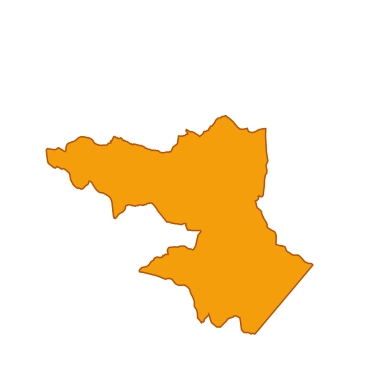 Nyunzu, Katanga, Democratic Republic of the Congo, rotated 129°
{"feature_id": "63176286B34424841963647", "entity_name": "Nyunzu", "entity_type": "district", "adm_level": 2, "iso_a3": "COD", "parent_name": "Democratic Republic of the Congo", "parent_adm1": "Katanga", "projection": "equal_earth", "projection_center": [28.006, -5.86], "detail": "fine", "context": "isolated", "style": "filled", "palette": "amber", "viewbox_px": 384, "rotation_deg": 129, "n_neighbors": 0, "source": "geoboundaries", "source_scale": "gbopen_adm2", "svg_char_len": 5929}
<svg xmlns="http://www.w3.org/2000/svg" viewBox="0 0 384 384"><g transform="rotate(129 192 192)"><path d="M215.3,298.9L214.9,299.9L214.5,301.0L214.2,302.6L214.3,304.4L214.8,306.0L215.3,307.0L217.2,310.8L219.2,313.3L220.3,313.7L220.8,314.2L225.6,315.1L226.7,315.5L228.1,316.4L228.9,317.1L229.9,317.4L231.9,318.7L232.9,319.0L234.5,318.8L236.0,318.2L237.0,317.8L238.6,316.4L239.3,316.1L240.4,316.0L240.7,317.2L241.3,322.0L241.7,323.1L241.7,323.7L244.3,324.4L245.6,325.4L248.2,329.8L249.3,331.6L250.6,331.9L252.2,330.6L254.7,328.1L257.7,324.9L259.0,323.4L260.1,321.8L260.1,319.5L260.0,316.6L260.0,314.6L259.6,313.5L259.0,313.1L257.5,313.2L256.8,311.2L256.4,309.1L256.4,307.8L255.0,307.0L254.4,305.5L254.3,303.6L254.6,299.4L255.3,297.9L257.0,296.1L259.0,293.8L260.9,289.3L261.4,286.5L261.2,283.3L260.3,282.6L259.8,281.2L259.9,280.6L258.7,279.1L257.4,278.7L255.5,278.8L254.7,278.5L253.3,278.4L252.1,277.7L250.6,277.9L248.4,278.8L247.7,277.4L247.7,275.8L248.5,273.9L249.5,271.1L250.5,267.6L250.6,264.3L250.2,262.9L248.6,260.3L247.6,253.5L247.9,252.4L248.5,250.6L250.2,247.9L258.6,239.4L260.6,237.3L261.3,235.8L260.8,234.9L258.4,234.8L256.2,234.9L254.9,234.8L252.9,234.1L251.0,233.2L248.9,233.1L247.3,233.3L244.5,234.8L241.8,233.2L240.6,231.5L240.5,230.9L240.5,230.3L239.7,229.4L239.1,227.9L238.6,227.1L237.6,226.8L236.4,225.2L235.5,225.2L234.8,224.6L234.3,223.5L232.6,221.1L231.8,221.1L231.0,220.0L230.4,219.6L229.5,219.7L228.7,219.3L228.3,218.6L228.1,218.3L226.3,217.2L225.9,215.7L226.3,212.3L227.4,208.3L228.0,207.3L229.9,198.4L231.2,192.7L229.8,190.9L229.7,190.5L229.3,189.2L228.9,188.6L228.6,187.3L227.7,186.2L227.1,184.7L226.6,184.1L225.8,183.2L225.6,182.7L225.4,182.1L223.8,179.5L221.6,178.5L220.8,177.1L220.6,176.7L221.8,175.9L224.4,171.5L223.2,170.0L221.4,167.0L216.6,161.1L217.4,160.1L221.9,160.1L225.2,158.4L230.1,156.0L232.1,155.2L235.9,154.6L236.6,155.1L237.1,157.3L238.4,158.8L238.5,158.9L238.5,162.0L238.7,163.5L239.2,164.4L242.0,167.5L243.7,168.2L244.2,168.8L245.1,170.4L247.1,172.4L249.4,174.9L250.6,175.1L252.2,174.6L252.9,174.4L254.9,172.0L255.5,171.2L256.2,171.9L256.3,172.1L256.5,172.6L257.1,173.4L257.4,173.6L259.0,173.5L259.5,174.6L260.6,174.2L260.8,174.4L261.5,174.2L261.9,174.7L262.4,174.6L263.0,175.9L263.4,176.0L264.1,177.7L265.1,178.7L266.0,178.8L266.8,179.5L267.9,179.5L268.9,178.9L271.9,180.0L273.4,179.8L275.3,179.6L277.9,180.0L280.6,182.0L282.0,183.3L283.6,183.7L285.1,183.7L286.3,183.5L287.0,182.7L286.9,182.3L286.5,181.6L285.2,179.5L283.9,176.6L281.8,172.4L281.3,171.0L280.3,169.1L279.5,167.3L278.7,165.2L277.8,162.1L276.6,158.1L276.0,157.3L275.1,157.0L273.9,155.7L272.8,153.9L272.6,151.6L273.2,149.8L273.7,146.8L273.1,144.6L272.7,143.3L271.3,141.7L269.3,139.7L268.6,136.7L269.1,132.4L270.2,131.3L271.7,128.8L273.0,125.7L274.8,122.4L275.8,121.1L279.1,118.5L280.1,116.4L280.6,114.3L281.9,112.6L283.2,111.1L285.1,109.6L285.3,109.4L285.8,108.8L286.4,108.5L286.8,105.4L287.3,103.7L287.7,102.5L286.7,102.7L285.9,101.3L285.1,101.3L283.3,102.2L281.8,102.2L280.7,101.8L279.6,102.1L278.2,101.7L276.9,101.9L276.3,102.1L277.6,100.2L279.5,97.5L280.9,95.2L281.3,94.1L281.3,89.8L281.3,87.8L279.2,85.0L270.8,84.1L267.8,84.2L264.9,82.4L262.9,81.2L261.7,81.3L260.6,79.9L259.6,75.8L260.8,74.3L262.8,72.1L266.7,68.1L267.9,66.8L268.5,63.4L267.0,61.1L266.0,60.2L265.6,59.4L265.2,57.0L264.7,56.4L264.0,56.4L263.4,55.2L263.1,55.0L262.9,53.9L262.4,53.7L172.7,52.1L172.5,52.6L172.5,53.3L172.5,54.1L173.1,55.1L174.0,56.2L175.2,60.1L175.1,61.4L174.9,62.4L174.4,64.7L174.1,68.8L174.3,69.9L175.0,70.9L175.4,71.1L177.1,73.5L177.8,74.5L177.8,75.5L177.9,78.6L178.3,80.1L178.3,81.1L177.8,82.4L177.0,83.6L176.2,85.0L176.4,86.4L177.6,89.0L177.9,88.9L179.5,92.5L179.6,93.4L179.9,93.9L177.8,95.3L176.1,96.7L173.6,98.5L171.9,100.4L170.9,102.9L171.7,106.9L172.2,110.9L171.3,112.2L170.0,113.1L169.0,115.0L167.2,120.0L165.6,123.0L164.8,124.5L163.7,125.4L163.2,127.3L163.2,131.3L161.7,133.8L160.4,135.1L159.2,137.1L157.8,136.2L156.0,136.0L154.5,136.5L153.7,137.8L153.0,137.6L152.3,135.4L151.5,134.6L149.9,134.6L146.7,136.6L141.3,140.0L137.3,143.0L135.2,144.3L132.4,145.7L130.3,145.8L127.8,147.6L124.7,151.4L122.8,151.8L120.1,152.6L118.5,154.5L114.1,159.3L107.1,165.6L102.6,169.8L96.3,174.6L98.0,176.5L101.6,179.3L105.0,180.6L107.6,182.3L109.0,184.5L109.4,186.1L108.7,187.7L107.7,189.0L111.1,191.7L112.9,194.4L112.9,197.6L111.5,204.5L111.3,210.6L111.7,211.6L111.5,212.9L111.4,213.7L112.1,214.3L112.3,214.3L112.9,214.5L114.5,216.2L116.3,216.5L117.4,217.3L118.3,218.3L121.2,218.7L124.7,217.8L125.2,218.2L126.7,218.0L126.9,218.0L127.1,217.9L127.6,217.7L128.6,218.4L128.7,218.5L129.3,219.1L130.7,218.5L131.2,218.4L131.6,218.8L133.6,218.0L134.5,218.9L135.7,219.0L136.4,219.5L137.2,220.7L138.4,220.7L139.2,220.1L139.8,220.1L140.6,220.3L141.9,220.4L142.2,220.5L143.2,220.9L144.0,220.9L144.1,221.6L143.9,222.9L144.3,225.1L144.5,227.6L145.1,229.7L146.4,231.6L147.0,235.6L148.2,235.3L149.1,232.4L149.9,231.7L150.9,232.8L152.5,233.1L154.7,234.7L156.2,236.7L156.9,237.7L162.7,234.3L163.9,233.7L166.2,234.3L169.0,235.0L171.6,234.3L173.8,233.9L174.6,234.0L174.9,235.0L176.1,235.4L176.6,236.7L177.8,237.5L179.7,239.1L180.6,240.3L180.9,241.2L181.2,242.2L181.1,243.7L181.6,245.0L182.4,245.8L182.6,246.7L183.5,247.5L183.8,248.5L184.3,248.9L185.0,249.1L185.2,251.1L186.2,252.8L186.8,255.1L187.2,255.8L187.1,257.9L187.9,260.6L188.4,261.6L188.8,261.9L189.6,263.8L190.9,266.7L191.7,267.7L192.5,267.6L192.6,268.0L192.8,269.6L193.4,269.9L193.4,270.6L193.5,272.6L193.7,273.9L194.2,275.2L194.4,276.9L194.7,277.4L195.1,277.4L195.2,277.8L195.3,278.9L194.8,279.4L194.7,281.0L194.9,281.6L195.3,281.7L196.0,281.9L196.9,283.3L196.9,284.2L197.1,284.3L197.7,287.3L197.9,287.4L198.0,287.5L198.8,287.6L200.8,286.9L201.7,286.9L202.2,286.6L202.6,286.6L203.3,287.2L203.8,287.2L204.5,286.2L205.0,286.1L206.3,287.3L207.0,287.5L209.0,287.7L209.7,288.2L211.6,290.7L213.1,292.1L213.9,293.4L214.9,296.0L215.4,298.0L215.3,298.9Z" fill="#f59e0b" stroke="#b45309" stroke-width="1.5"/></g></svg>